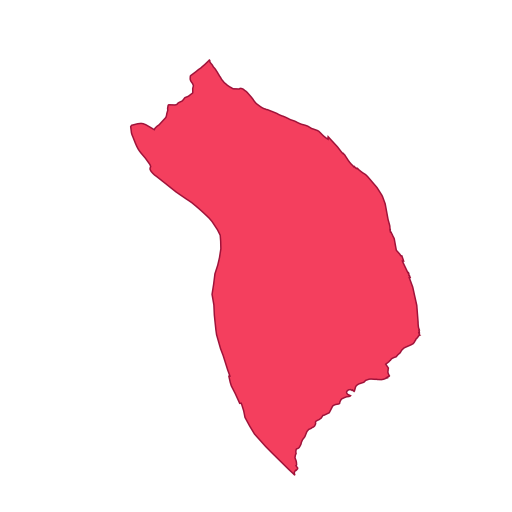 Salamina, Magdalena, Colombia, rotated 312°
{"feature_id": "7082276B98588202039257", "entity_name": "Salamina", "entity_type": "district", "adm_level": 2, "iso_a3": "COL", "parent_name": "Colombia", "parent_adm1": "Magdalena", "projection": "equal_earth", "projection_center": [-74.703, 10.525], "detail": "fine", "context": "isolated", "style": "filled", "palette": "rose", "viewbox_px": 512, "rotation_deg": 312, "n_neighbors": 0, "source": "geoboundaries", "source_scale": "gbopen_adm2", "svg_char_len": 5939}
<svg xmlns="http://www.w3.org/2000/svg" viewBox="0 0 512 512"><g transform="rotate(312 256 256)"><path d="M119.1,431.6L119.7,430.5L120.4,429.7L121.0,429.2L122.3,428.9L123.5,428.9L123.6,429.3L125.6,429.3L126.3,428.9L126.9,426.0L127.4,426.1L128.1,425.8L129.8,424.0L130.6,422.9L131.7,420.8L132.2,419.9L134.6,418.4L136.0,418.0L136.4,417.4L137.6,416.2L139.0,415.4L139.4,415.2L139.7,415.2L139.9,415.3L141.0,415.9L142.1,416.2L142.6,416.2L144.6,415.8L146.3,415.3L147.9,414.4L150.6,413.5L152.3,413.4L154.4,413.2L159.6,411.3L162.4,411.2L164.5,412.2L166.3,412.6L167.3,413.1L168.8,413.3L170.3,412.9L171.3,412.5L172.1,411.6L172.7,411.2L173.1,411.1L174.4,411.4L177.0,412.5L178.0,412.6L179.1,412.9L182.4,412.4L183.2,413.1L188.5,415.3L194.3,413.8L195.2,413.5L196.1,413.4L197.7,413.9L199.0,414.6L201.3,416.4L202.0,416.7L202.6,416.7L203.8,415.9L205.5,415.5L206.0,415.3L206.3,415.3L207.4,415.4L210.0,416.5L212.3,417.7L212.9,418.4L214.5,419.6L215.4,419.7L214.8,417.7L214.5,416.8L214.6,416.1L214.7,415.4L215.1,414.7L215.9,414.1L216.4,414.0L217.0,414.2L217.5,414.1L218.1,414.3L218.4,414.3L219.2,414.9L219.9,415.7L220.0,415.7L220.2,416.4L220.4,416.7L220.4,417.3L221.0,417.3L221.1,418.2L221.0,418.8L221.0,419.5L221.5,419.5L224.9,417.8L225.9,417.4L226.5,417.4L228.0,417.5L229.4,417.9L229.9,418.1L234.3,420.6L235.0,420.7L236.9,420.7L239.3,422.0L240.3,422.6L241.6,423.9L243.7,426.6L245.2,428.3L245.5,428.9L248.0,431.9L249.4,433.0L250.7,433.8L252.1,434.4L253.2,435.0L254.0,435.7L253.6,434.6L255.2,435.1L255.2,435.3L256.0,435.6L256.0,435.9L256.6,434.1L257.1,433.0L257.8,431.9L258.8,431.0L259.4,430.7L259.8,430.4L260.2,430.0L261.3,429.4L262.4,424.8L266.4,425.5L267.7,425.4L268.3,425.7L268.7,425.6L270.1,425.5L271.0,425.7L271.9,426.1L272.6,426.3L274.9,427.6L277.5,427.5L280.7,427.9L281.8,427.6L283.6,427.3L286.5,427.5L287.9,428.0L292.3,430.0L294.1,430.8L295.4,431.2L295.8,431.4L297.3,431.4L297.9,431.3L299.0,431.1L299.4,430.9L300.3,430.9L301.0,430.5L302.5,430.6L303.1,430.6L304.1,430.5L304.6,430.5L305.2,430.3L305.9,430.4L306.2,430.3L306.5,430.4L306.8,430.6L306.8,430.3L307.9,428.4L308.3,428.8L308.8,428.1L309.1,427.9L309.3,427.5L309.3,427.4L309.5,427.1L310.0,426.7L310.3,426.9L311.4,424.9L312.0,424.1L314.0,421.9L315.3,420.7L326.8,408.6L327.4,407.8L332.3,400.9L333.3,399.5L337.1,394.2L337.8,393.2L342.5,384.3L343.2,384.9L343.7,383.7L343.9,382.9L344.1,383.1L344.2,382.8L344.1,382.6L345.0,381.3L344.9,381.2L345.2,380.7L345.4,380.9L345.7,380.3L345.7,380.2L345.3,379.8L346.0,378.1L349.7,369.2L350.2,368.2L351.0,369.1L352.1,367.2L353.7,364.3L353.2,363.7L353.3,363.4L353.1,363.1L353.5,362.1L353.6,361.4L354.1,356.8L354.4,356.1L361.3,347.2L361.8,346.1L362.5,344.1L363.1,342.9L363.7,341.1L363.9,340.7L364.1,340.6L364.0,340.4L363.7,340.0L365.1,338.0L365.4,338.2L366.2,337.0L367.6,335.6L368.3,334.7L370.8,330.8L371.5,329.7L381.2,317.1L384.8,310.3L385.4,308.8L387.8,300.2L389.7,285.8L389.8,284.0L389.8,282.9L389.2,279.4L389.0,277.0L388.9,274.8L388.8,273.1L389.0,273.1L388.9,272.2L388.4,272.1L388.1,272.0L388.1,270.9L388.3,269.2L388.2,269.2L387.7,269.1L387.9,267.7L388.0,265.1L388.2,263.8L388.2,263.6L388.3,262.6L388.6,261.8L388.5,261.6L389.1,259.3L389.2,259.0L389.8,256.7L390.0,255.9L390.0,255.7L390.4,254.7L390.6,252.1L390.3,252.1L390.3,251.2L390.6,249.0L391.6,243.7L392.9,229.8L392.3,230.2L391.0,231.4L390.6,229.4L390.5,227.8L390.4,226.5L390.4,225.1L390.5,223.0L390.6,221.8L390.7,219.2L390.5,218.3L390.4,217.8L388.5,213.1L388.1,212.4L387.8,211.2L387.5,209.5L387.1,207.5L386.1,205.1L385.2,203.3L384.4,201.8L383.7,200.0L382.9,197.4L382.6,196.3L382.6,196.0L382.1,194.4L380.4,190.5L380.1,189.6L379.7,187.9L378.6,184.2L378.2,183.3L378.1,182.8L377.6,181.8L377.0,180.2L376.4,178.4L375.9,176.1L374.0,170.8L373.7,170.1L372.5,166.8L372.3,166.4L371.7,165.6L371.5,164.6L370.9,163.5L370.3,161.4L370.1,160.2L369.9,158.9L369.6,155.7L369.5,154.5L369.5,153.7L369.8,151.6L370.1,150.0L370.4,149.2L370.9,146.5L371.7,139.8L371.7,139.1L371.7,138.2L371.4,136.4L371.5,135.9L371.4,134.8L371.0,133.7L370.5,132.7L370.0,132.1L369.9,132.0L369.2,131.9L368.7,131.6L366.4,128.8L365.7,128.0L365.3,127.6L364.8,126.6L364.6,125.2L364.1,123.2L363.7,120.5L363.7,117.9L363.6,117.2L363.6,116.3L363.8,115.0L363.9,114.6L364.1,113.0L364.4,111.7L365.0,110.1L365.3,108.6L365.6,107.6L365.8,107.2L366.3,105.3L366.6,104.7L367.0,103.0L367.5,101.3L367.7,100.4L367.8,99.7L367.9,98.6L368.0,97.7L368.6,96.0L368.8,95.0L368.9,94.0L369.0,93.5L369.1,92.9L369.2,92.4L369.4,91.9L369.7,91.5L370.3,90.9L370.4,90.7L370.4,90.2L369.5,90.2L363.9,89.8L360.4,89.3L359.5,89.3L358.4,89.1L357.2,88.8L356.1,88.5L352.6,88.0L346.6,86.8L346.3,86.8L345.8,86.8L344.1,88.1L343.1,89.1L343.0,89.3L342.4,90.5L342.1,91.6L341.7,93.5L341.0,94.9L340.7,95.5L340.4,95.7L338.5,96.7L338.0,97.0L335.2,99.6L334.9,99.8L334.4,99.8L333.8,99.7L332.4,99.4L331.2,99.2L329.3,98.8L326.3,97.3L325.9,97.2L323.4,97.4L321.9,97.4L321.2,97.2L319.0,96.2L317.7,95.8L317.1,95.7L315.8,95.8L315.0,95.4L314.4,95.0L314.0,94.7L310.2,90.2L309.8,89.9L309.6,89.9L309.2,89.9L308.7,90.2L306.6,91.5L305.3,92.9L304.7,93.2L302.2,94.4L301.6,94.8L300.1,95.7L298.6,96.3L297.6,96.3L288.7,96.2L288.1,96.1L286.5,95.7L284.4,95.5L283.2,95.5L281.8,95.9L280.9,91.3L279.8,86.2L278.8,83.6L277.6,81.8L275.0,79.5L269.9,76.1L268.3,76.3L264.2,81.0L263.2,82.6L262.2,84.7L259.1,90.9L257.7,94.0L256.6,97.0L256.1,98.9L255.6,101.4L254.7,108.2L253.0,116.0L252.0,117.9L250.4,118.5L249.4,119.5L248.7,121.4L248.4,123.8L248.3,126.3L248.6,129.2L250.1,153.8L251.7,165.9L252.2,169.0L252.7,172.9L253.0,181.7L253.0,187.7L252.8,195.8L252.2,200.3L249.7,209.9L247.5,215.5L243.3,219.9L237.8,225.1L230.3,230.0L223.6,233.7L215.3,237.4L206.7,243.4L198.1,249.0L191.4,257.5L184.2,264.6L179.5,269.8L174.2,275.7L171.1,279.4L163.4,291.7L160.0,298.3L152.5,311.0L149.3,317.0L148.5,316.3L145.0,321.2L143.0,324.5L139.9,332.6L135.6,342.5L136.7,343.5L135.9,345.1L132.6,350.6L128.7,355.8L125.4,365.1L122.7,374.0L120.9,390.5L120.4,399.0L120.0,407.9L119.3,423.1L119.2,428.8L119.1,431.6Z" fill="#f43f5e" stroke="#9f1239" stroke-width="1.5"/></g></svg>